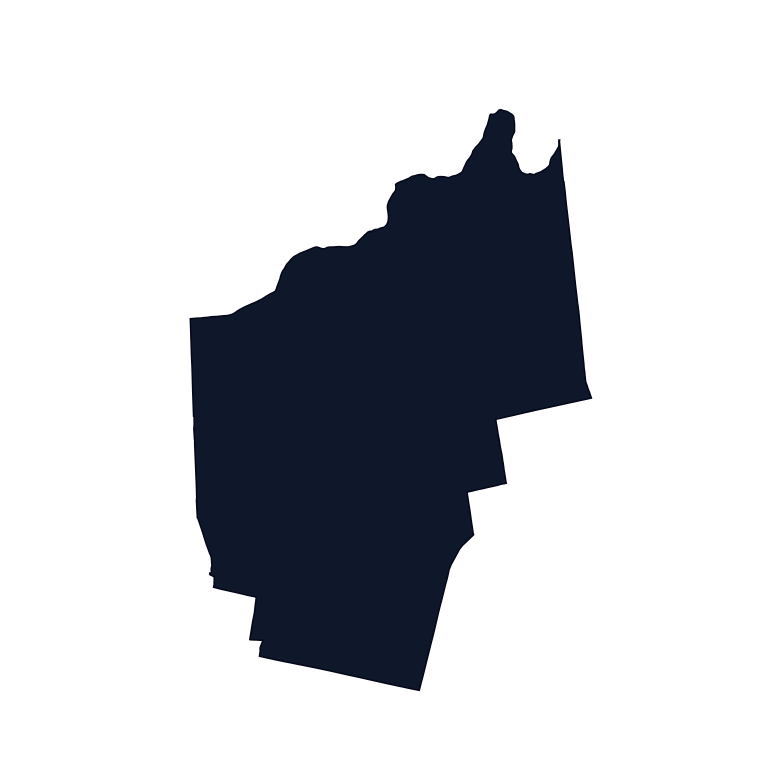 Zambreasca, Teleorman, Romania, rotated 285°
{"feature_id": "2599482B90342036503162", "entity_name": "Zambreasca", "entity_type": "district", "adm_level": 2, "iso_a3": "ROU", "parent_name": "Romania", "parent_adm1": "Teleorman", "projection": "robinson", "projection_center": [25.027, 44.306], "detail": "fine", "context": "isolated", "style": "filled", "palette": "ink", "viewbox_px": 768, "rotation_deg": 285, "n_neighbors": 0, "source": "geoboundaries", "source_scale": "gbopen_adm2", "svg_char_len": 6133}
<svg xmlns="http://www.w3.org/2000/svg" viewBox="0 0 768 768"><g transform="rotate(285 384 384)"><path d="M419.6,579.3L424.1,588.0L427.2,585.9L428.5,585.1L430.5,583.6L433.2,581.7L434.9,580.7L437.5,578.8L438.9,578.0L441.2,577.1L442.9,576.5L444.5,575.8L445.5,575.5L447.0,575.0L450.0,573.7L452.0,572.9L454.2,572.2L464.9,568.1L475.0,564.3L478.2,563.2L494.2,557.1L499.8,555.1L505.5,552.9L510.2,551.0L511.1,550.5L515.0,549.0L529.6,543.2L551.4,534.8L559.7,531.6L566.5,528.7L582.6,522.4L584.4,521.7L588.2,520.2L603.8,514.0L610.6,511.4L617.8,508.7L625.7,505.5L625.5,505.2L632.1,502.5L637.7,500.5L657.6,493.0L664.0,490.6L664.7,490.5L665.1,490.6L665.1,489.9L664.7,489.9L664.1,489.9L662.2,490.5L659.6,491.2L658.9,491.3L658.1,491.2L654.3,490.2L652.7,489.7L651.0,489.3L649.6,488.8L646.3,487.3L644.8,487.0L642.6,486.9L639.3,487.2L638.4,487.2L637.5,486.9L636.6,486.5L635.2,485.5L633.9,484.7L632.1,483.0L629.5,480.6L628.4,479.0L626.6,476.4L625.4,475.2L625.0,474.8L624.9,474.4L624.9,473.9L625.0,473.1L624.8,470.2L624.0,469.5L623.8,468.9L623.5,467.8L623.4,466.4L623.6,465.0L623.8,463.0L624.0,462.4L624.5,461.6L625.5,460.3L626.4,459.3L627.3,458.6L628.2,458.0L630.6,456.8L631.6,456.1L633.5,454.4L637.2,451.4L637.9,450.6L638.8,449.3L639.5,448.1L640.0,447.5L640.5,447.1L641.2,446.8L641.7,446.6L642.4,446.5L644.7,446.5L645.4,446.3L647.0,445.9L650.0,444.9L650.8,444.5L651.6,444.1L652.1,443.8L652.9,443.7L655.0,443.8L656.9,443.9L658.4,444.2L660.7,444.7L661.6,444.8L662.3,444.6L668.3,443.0L670.0,442.4L672.7,441.3L674.2,440.8L675.4,440.3L676.0,440.0L676.4,439.6L677.0,438.8L677.5,437.8L679.1,432.4L679.1,431.4L679.0,428.9L679.1,427.1L679.2,426.0L679.0,425.4L678.6,424.6L678.2,424.1L677.8,423.8L677.0,423.5L676.4,423.2L675.0,422.4L673.9,421.5L673.3,420.9L673.0,420.3L672.6,419.2L672.4,417.9L672.3,417.3L672.0,417.0L671.7,416.9L670.2,416.7L666.8,416.9L660.6,416.8L657.1,416.2L653.4,415.9L651.6,415.9L649.1,416.1L647.9,416.2L647.2,416.1L646.4,415.9L645.4,415.5L642.4,414.3L641.0,413.8L639.9,413.3L637.2,411.7L636.2,411.2L634.5,410.6L632.6,409.8L632.1,409.6L629.3,409.5L628.7,409.4L627.1,409.1L624.2,408.2L623.8,408.0L623.1,407.5L621.5,406.9L619.8,406.3L618.1,406.0L615.8,405.7L614.5,405.4L613.3,405.2L611.5,405.0L609.9,404.7L608.9,404.4L608.3,404.1L605.5,401.2L604.3,399.8L603.5,398.4L602.8,396.9L601.4,394.9L600.4,393.7L600.1,393.0L599.9,392.2L599.8,389.6L599.7,388.4L599.3,386.3L598.7,384.1L597.8,382.1L597.3,381.3L595.8,380.1L595.2,379.4L594.9,378.7L594.7,377.9L594.6,374.5L594.7,373.6L595.0,372.6L596.5,368.8L596.5,367.8L595.8,365.0L594.6,362.2L593.2,360.0L592.0,357.6L590.6,356.1L589.3,355.0L588.8,354.4L588.0,353.2L587.0,352.1L586.2,350.9L585.1,349.8L584.4,348.3L582.9,346.5L581.1,344.5L580.4,343.9L579.8,343.6L579.4,343.7L577.5,344.5L575.3,344.9L574.1,345.0L573.0,344.8L571.8,344.3L569.9,343.4L565.3,342.2L561.6,341.3L559.3,341.2L557.9,341.1L556.3,341.3L553.8,342.2L550.8,343.5L549.0,344.2L546.2,345.2L543.1,345.7L541.7,345.8L540.3,345.7L539.0,345.4L537.6,344.9L536.5,344.2L535.7,343.6L535.3,343.2L534.7,342.1L534.3,341.3L533.8,340.6L533.0,339.3L531.6,337.8L531.2,335.9L530.8,335.1L529.8,333.9L528.6,332.7L527.8,331.9L527.2,331.2L527.9,330.9L527.0,329.7L526.6,329.2L525.9,328.6L524.8,328.1L523.4,327.0L521.5,326.0L519.0,324.5L517.6,323.7L516.8,323.2L515.5,322.4L513.5,321.7L512.1,321.0L510.8,320.0L509.9,318.9L507.6,315.1L507.0,313.7L506.0,309.6L505.4,306.5L505.0,304.7L503.4,300.2L502.5,297.0L501.8,295.1L501.3,293.9L500.2,292.7L499.4,291.8L499.1,291.0L498.8,289.7L498.7,288.3L498.8,287.0L499.0,285.3L498.9,283.5L498.4,282.2L497.6,281.0L494.6,277.1L492.4,274.3L489.7,270.6L488.4,268.9L486.2,266.7L484.0,264.3L483.0,263.6L481.2,262.4L479.7,261.6L477.7,260.8L474.8,259.2L473.9,258.9L471.9,258.4L470.6,258.1L468.2,257.5L467.7,257.1L467.0,256.9L465.6,256.6L464.3,256.4L460.9,256.2L459.8,256.3L458.1,256.3L454.3,255.9L449.9,255.5L447.8,255.4L447.0,255.3L445.7,255.0L445.0,254.5L443.0,252.5L441.7,250.9L438.6,247.8L436.6,246.0L434.3,243.9L432.7,242.0L430.6,239.7L428.9,237.7L428.0,236.4L422.5,229.6L419.2,226.0L417.2,224.0L415.4,222.5L414.7,222.0L413.2,220.6L412.4,219.7L411.8,218.9L410.2,216.2L409.6,215.0L408.2,210.9L406.0,205.2L404.5,200.4L402.4,195.5L401.6,193.0L401.3,192.3L400.9,191.5L400.4,190.3L399.2,186.3L396.9,180.0L383.1,184.2L366.2,189.3L363.8,190.0L356.3,192.4L349.6,194.5L327.8,201.0L303.5,208.4L303.1,208.6L303.0,209.0L303.0,209.5L302.2,209.7L301.6,209.6L301.0,209.6L296.6,210.9L295.3,211.2L291.6,211.9L281.9,215.1L280.0,215.9L277.1,216.6L274.3,217.5L237.2,229.1L226.4,232.3L225.3,232.6L223.2,232.9L206.8,238.2L206.4,238.5L205.6,239.3L197.5,244.7L192.8,247.8L189.9,249.6L183.6,253.6L175.6,259.2L173.4,261.0L171.8,262.0L169.9,262.8L166.7,263.8L165.2,264.4L164.3,264.7L163.7,264.8L162.3,264.8L161.1,264.9L160.2,265.0L159.7,265.2L158.2,265.8L157.9,265.9L157.5,265.9L157.1,265.8L156.7,265.5L156.4,265.3L156.3,265.0L156.3,264.7L155.2,264.8L154.8,265.2L154.6,265.7L154.4,267.5L154.2,268.1L153.9,269.1L153.9,269.4L154.1,269.9L147.4,271.5L147.4,271.8L143.6,271.9L143.6,278.2L143.8,283.6L144.1,290.4L144.5,301.0L144.6,306.8L144.9,311.6L145.1,314.4L144.8,315.2L144.3,315.9L144.0,316.0L138.5,316.7L134.9,317.2L130.0,318.0L121.0,318.6L102.4,320.5L102.3,320.8L103.2,325.1L103.3,325.1L105.0,333.4L97.5,332.6L95.5,333.0L94.1,333.5L88.8,334.2L89.5,349.6L90.1,360.2L92.2,392.3L92.7,401.7L93.6,422.6L94.2,435.0L94.8,449.8L95.4,465.1L96.7,489.7L97.2,497.3L100.9,497.3L105.3,497.2L112.6,497.2L144.1,496.6L153.7,496.5L158.8,496.4L176.1,495.8L186.6,495.6L192.1,495.6L206.9,495.3L211.2,495.4L216.9,495.2L221.4,494.9L227.0,495.6L244.3,499.8L248.4,501.6L261.6,509.6L263.0,508.7L270.9,505.3L274.3,503.8L283.1,500.1L292.3,496.0L301.1,492.2L303.8,497.6L304.4,498.5L307.8,505.0L308.6,506.7L310.6,510.3L311.7,512.4L312.9,514.8L315.8,520.3L317.0,522.1L318.1,524.2L318.8,525.9L319.8,527.8L322.0,526.7L326.1,524.9L327.2,524.4L328.1,524.0L332.3,522.1L333.6,521.6L338.4,519.6L340.6,518.5L342.9,517.6L346.1,516.2L347.4,515.6L350.3,514.1L352.9,512.8L356.0,511.4L359.1,510.1L365.5,507.0L369.3,505.4L371.4,504.4L373.1,503.7L375.0,502.7L378.8,501.1L387.6,517.8L390.4,523.0L398.6,538.5L413.2,566.8L416.0,572.3L419.6,579.3Z" fill="#0f172a" stroke="#020617" stroke-width="1.5"/></g></svg>